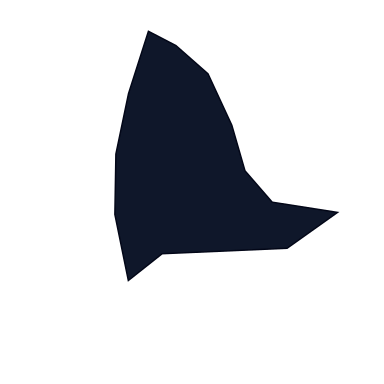 map outline of Ceuta (orthographic projection), rotated 36°
{"feature_id": "ESP-5815", "entity_name": "Ceuta", "entity_type": "Autonomous City", "adm_level": 1, "iso_a3": "ESP", "parent_name": "Spain", "parent_adm1": "", "projection": "orthographic", "projection_center": [-5.347, 35.887], "detail": "fine", "context": "isolated", "style": "filled", "palette": "ink", "viewbox_px": 384, "rotation_deg": 36, "n_neighbors": 0, "source": "natural_earth", "source_scale": "10m", "svg_char_len": 332}
<svg xmlns="http://www.w3.org/2000/svg" viewBox="0 0 384 384"><g transform="rotate(36 192 192)"><path d="M192.5,301.0L142.8,255.5L108.1,206.0L82.8,149.7L62.3,87.6L93.0,83.0L135.5,87.0L185.0,114.6L222.4,143.7L262.9,153.1L321.7,123.0L302.0,181.6L204.1,259.5L192.5,301.0Z" fill="#0f172a" stroke="#020617" stroke-width="1.5"/></g></svg>